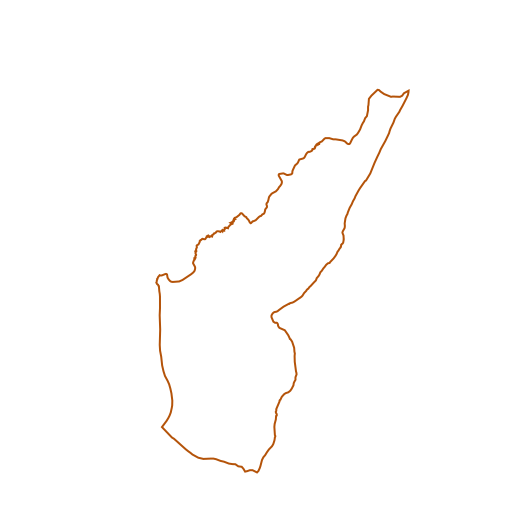 Nan, Louangphrabang, Laos, rotated 201°
{"feature_id": "54806243B77151952253527", "entity_name": "Nan", "entity_type": "district", "adm_level": 2, "iso_a3": "LAO", "parent_name": "Laos", "parent_adm1": "Louangphrabang", "projection": "equal_earth", "projection_center": [101.94, 19.329], "detail": "fine", "context": "isolated", "style": "outline", "palette": "amber", "viewbox_px": 512, "rotation_deg": 201, "n_neighbors": 0, "source": "geoboundaries", "source_scale": "gbopen_adm2", "svg_char_len": 6104}
<svg xmlns="http://www.w3.org/2000/svg" viewBox="0 0 512 512"><g transform="rotate(201 256 256)"><path d="M339.1,203.5L339.9,201.0L339.8,199.5L340.1,199.0L339.8,198.6L339.8,197.5L339.4,196.0L339.5,195.4L338.2,194.3L337.2,194.1L336.4,193.2L335.9,193.1L333.6,188.4L332.3,186.2L331.1,183.7L326.9,172.8L324.7,166.2L319.1,153.0L314.0,138.5L311.6,133.2L308.4,128.0L304.4,120.2L301.1,115.3L298.0,111.4L293.8,107.8L291.1,105.1L288.4,101.5L285.7,97.4L282.3,91.0L280.7,86.5L280.2,84.0L279.5,79.3L279.5,76.1L279.8,73.2L280.4,70.0L282.5,62.6L269.4,56.4L267.1,56.0L252.4,50.4L249.2,49.4L246.5,48.7L244.2,47.9L237.6,47.0L232.4,47.7L225.3,50.8L223.1,51.6L220.4,52.0L215.7,52.0L212.2,52.5L206.9,52.5L203.3,53.3L200.6,54.2L197.2,53.3L193.8,54.1L191.4,52.8L188.9,50.8L187.1,52.0L185.0,53.8L182.5,54.8L177.5,54.3L176.7,56.2L176.5,59.4L176.6,61.6L177.3,67.7L177.0,70.8L176.1,73.3L175.5,76.6L174.6,80.1L172.9,84.1L172.5,86.3L172.5,87.3L172.7,90.4L173.0,92.0L173.4,93.5L173.3,94.0L173.4,94.8L174.2,95.6L177.6,103.0L178.4,105.9L178.9,110.5L179.9,113.8L179.6,114.1L179.5,114.6L179.8,115.4L180.2,116.0L181.1,116.7L181.7,117.6L181.6,118.6L181.9,119.8L182.2,120.2L181.9,128.7L182.2,129.5L182.1,130.1L181.7,130.5L181.5,133.5L181.2,134.5L180.1,137.3L179.0,138.7L177.0,140.3L175.7,142.5L175.1,145.0L174.7,148.7L175.2,150.8L175.1,152.7L174.8,154.3L174.9,155.0L175.5,156.3L175.7,157.2L175.7,160.0L176.4,161.4L177.3,162.6L181.9,171.1L184.1,176.4L184.8,178.9L185.8,180.4L187.5,184.0L191.6,189.0L194.0,190.7L194.7,190.7L195.1,191.3L197.5,193.6L202.5,197.0L208.4,197.3L209.8,198.2L210.6,199.1L211.0,200.0L211.6,200.6L212.2,201.0L212.8,201.1L214.2,200.5L216.2,200.9L219.5,204.3L220.1,205.5L220.2,206.4L219.9,208.3L219.4,209.3L218.8,210.2L217.0,211.3L216.1,212.2L215.2,213.8L212.1,218.6L208.1,223.3L207.7,223.3L207.3,224.2L205.2,225.6L203.8,227.2L199.0,234.2L198.4,235.6L197.8,238.7L196.6,241.5L196.5,242.5L195.9,243.8L195.5,244.1L195.0,246.2L194.3,247.4L192.5,252.0L191.4,254.5L191.3,255.3L191.4,257.0L190.4,259.8L190.1,261.4L190.1,263.8L189.3,265.7L188.7,268.5L188.0,270.4L187.3,273.0L186.2,275.0L184.9,275.8L184.7,276.1L184.7,276.7L182.7,281.5L181.9,284.4L181.5,286.5L181.4,289.4L181.0,290.4L180.6,292.9L180.1,294.2L180.2,294.7L180.0,295.0L180.5,297.1L180.2,297.4L180.1,298.0L179.6,298.7L179.4,299.7L180.0,302.9L180.3,303.2L180.3,303.6L180.9,304.8L181.6,306.4L183.5,308.5L183.8,309.1L183.8,310.5L183.3,313.6L183.5,314.9L183.9,316.1L184.9,318.2L186.0,323.3L186.0,326.1L185.7,328.1L185.9,329.5L185.8,334.6L185.2,338.6L185.1,341.9L184.6,345.1L184.6,347.4L183.7,354.0L183.2,356.6L181.1,365.0L180.4,365.8L180.2,366.7L178.9,374.0L178.7,385.6L178.3,392.0L177.9,396.6L177.8,400.6L176.5,409.6L176.0,415.6L175.8,418.5L176.0,420.2L176.1,423.2L175.5,429.8L175.6,433.8L175.3,436.0L173.8,442.2L173.8,443.5L173.0,448.8L172.1,457.2L171.9,460.8L172.3,463.4L172.8,465.0L176.2,461.0L177.0,458.0L178.6,456.2L185.4,453.9L187.0,453.0L194.4,453.1L198.5,454.1L200.7,455.0L202.1,454.7L205.7,447.1L206.9,443.2L205.1,437.2L204.9,435.6L203.6,432.2L202.6,426.3L203.5,423.8L203.5,420.3L203.9,418.6L204.2,415.9L204.2,411.4L204.8,407.7L205.4,405.5L207.3,402.6L207.9,401.1L208.2,398.9L208.5,395.2L208.8,394.2L209.1,393.9L210.0,393.6L210.9,393.6L212.1,394.0L213.3,394.6L214.5,394.9L216.7,394.9L223.3,393.5L225.8,392.6L229.8,392.3L233.3,391.0L234.1,390.1L235.6,386.5L237.1,385.1L237.7,384.2L237.1,383.5L237.1,383.2L237.5,383.0L237.8,382.5L238.1,383.2L238.3,382.9L238.8,382.9L239.5,381.7L239.6,381.3L239.4,381.0L239.4,380.6L240.0,379.7L240.1,379.2L239.7,378.7L240.0,377.8L239.7,377.6L239.8,377.2L240.9,376.3L241.6,376.1L241.7,375.9L241.4,374.9L241.7,374.0L243.3,372.4L244.0,372.2L244.5,371.9L245.3,370.5L245.7,369.0L246.0,365.8L246.3,364.8L247.0,363.9L250.1,361.6L250.2,361.2L250.3,358.6L250.6,357.2L252.0,354.6L252.1,353.9L252.4,349.5L252.4,348.3L251.8,346.2L252.0,345.5L252.6,344.7L255.3,343.0L256.4,342.7L259.6,343.0L260.2,342.9L263.7,340.9L263.9,340.4L263.9,339.8L263.5,339.1L258.7,335.1L258.2,334.0L258.0,332.6L258.2,331.4L258.6,329.8L259.1,328.7L259.5,326.2L259.9,325.2L260.6,323.5L263.2,320.5L263.8,319.6L264.9,316.2L264.9,315.2L264.5,312.6L264.4,310.5L264.9,309.2L264.9,308.4L264.7,307.8L263.6,306.5L263.3,305.3L264.1,302.8L263.8,301.5L263.6,299.7L263.7,298.6L264.0,298.1L265.0,297.1L265.6,295.3L266.6,294.5L267.3,293.4L269.1,289.3L270.9,287.5L271.5,287.2L272.4,285.0L272.7,284.7L273.8,285.1L275.4,286.6L276.5,287.3L278.2,288.0L279.0,288.8L280.9,289.0L284.3,290.7L284.9,290.7L285.7,290.3L286.3,288.3L288.2,285.1L289.4,284.1L289.3,283.5L289.9,283.1L289.9,282.6L289.0,282.5L289.9,281.6L289.9,281.3L289.2,281.2L289.1,280.7L289.2,280.2L289.7,279.8L290.1,279.6L290.4,279.4L290.4,279.0L291.7,277.8L290.9,277.6L290.5,278.0L289.5,278.1L289.4,277.7L290.0,277.2L290.6,277.0L290.8,276.3L291.1,275.9L292.2,273.3L292.1,271.9L292.6,271.9L293.5,271.6L294.2,271.8L294.5,271.7L294.9,271.1L295.3,271.1L295.4,270.9L294.9,270.2L294.7,269.5L295.0,269.0L295.0,268.6L295.4,268.3L296.3,268.4L296.3,268.0L295.8,267.8L296.3,267.6L296.2,267.0L297.0,267.4L297.2,266.8L297.6,266.5L297.9,265.7L299.3,265.8L301.1,265.2L301.7,264.5L301.8,263.6L302.8,262.3L303.4,261.9L303.4,261.1L304.4,259.9L304.5,259.5L304.0,259.1L304.0,258.4L304.8,258.5L305.2,258.4L306.2,257.0L306.9,257.2L307.1,257.8L307.8,258.0L307.9,257.2L308.7,257.2L308.8,257.0L308.5,256.5L309.0,256.4L308.9,255.6L309.1,255.3L309.3,254.0L309.5,253.5L310.3,253.1L312.1,252.9L312.6,252.3L312.8,251.5L313.5,251.0L313.5,250.4L313.9,249.9L313.6,248.8L313.8,246.7L313.9,246.1L314.9,245.0L315.1,244.3L314.3,242.9L314.4,241.1L314.2,240.4L313.4,239.1L313.4,238.9L313.7,238.8L314.3,238.8L314.3,238.4L313.7,237.9L313.6,237.2L313.3,236.6L312.3,235.6L312.3,235.2L312.6,234.6L312.5,233.8L312.3,233.2L312.2,233.1L312.1,233.3L311.8,232.8L311.9,232.0L312.5,232.1L312.8,231.9L312.6,231.4L312.0,230.6L312.2,230.2L312.4,230.0L312.4,227.5L312.1,226.6L309.6,224.5L308.8,223.7L308.3,222.4L308.1,221.1L308.1,219.8L308.7,218.1L310.0,215.8L316.0,207.3L318.6,204.7L324.5,201.9L326.0,201.6L327.4,201.9L329.1,202.8L330.8,204.1L332.4,206.8L333.0,207.1L333.7,207.0L334.6,206.3L337.1,204.0L338.6,203.4L339.1,203.5Z" fill="none" stroke="#b45309" stroke-width="2"/></g></svg>